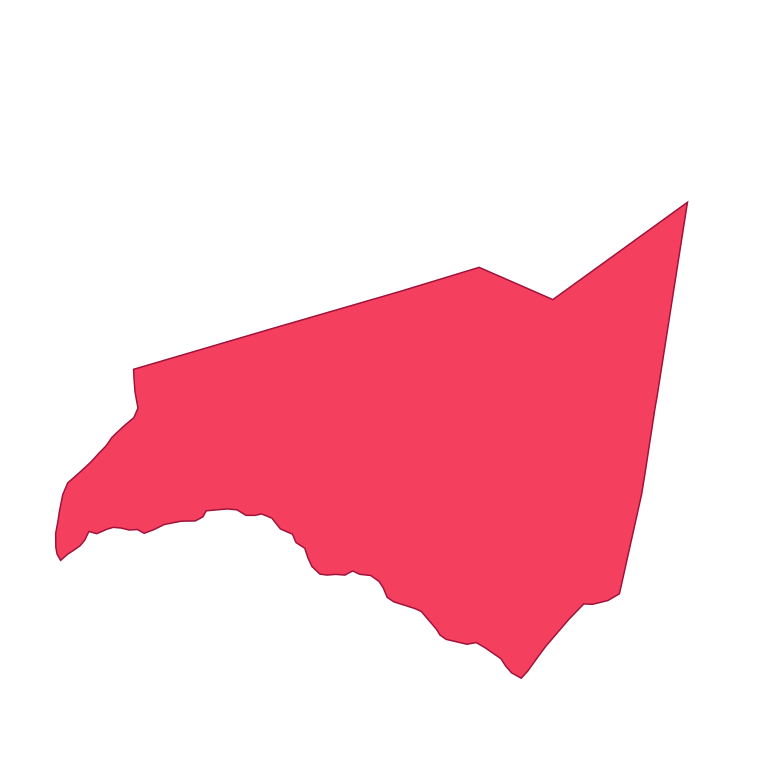 Miranda do Norte, Maranhão, Brazil (orthographic projection), rotated 195°
{"feature_id": "56859067B705481453329", "entity_name": "Miranda do Norte", "entity_type": "district", "adm_level": 2, "iso_a3": "BRA", "parent_name": "Brazil", "parent_adm1": "Maranhão", "projection": "orthographic", "projection_center": [-44.488, -3.552], "detail": "fine", "context": "isolated", "style": "filled", "palette": "rose", "viewbox_px": 768, "rotation_deg": 195, "n_neighbors": 0, "source": "geoboundaries", "source_scale": "gbopen_adm2", "svg_char_len": 1323}
<svg xmlns="http://www.w3.org/2000/svg" viewBox="0 0 768 768"><g transform="rotate(195 384 384)"><path d="M175.3,135.3L170.9,143.8L164.1,161.8L159.9,172.4L144.7,204.2L134.1,223.3L125.7,225.1L119.1,228.7L111.7,232.8L102.3,242.3L106.6,344.1L108.8,365.9L115.9,430.2L117.0,442.7L137.9,638.1L242.8,509.2L322.3,521.3L337.1,512.1L393.6,476.9L507.9,407.7L629.7,333.4L626.9,324.6L622.7,312.5L618.4,303.3L615.4,297.1L616.9,286.8L623.4,277.5L629.4,268.1L633.1,261.8L636.3,252.6L641.4,243.4L647.4,232.0L656.5,217.7L663.9,206.6L665.7,193.9L664.6,177.3L663.5,167.7L662.5,154.8L658.7,141.2L655.7,135.0L650.7,129.9L645.6,137.6L640.0,143.9L635.7,149.1L632.7,155.6L630.9,165.1L622.7,165.1L614.4,171.7L608.6,175.4L600.8,176.8L592.4,177.0L584.6,179.6L577.0,177.7L568.8,183.6L560.0,191.3L544.7,198.9L530.8,202.9L524.5,208.9L522.9,215.5L512.8,219.2L502.9,222.8L493.4,224.4L483.3,221.4L474.6,223.7L468.6,226.8L457.6,225.4L446.6,217.2L433.5,215.2L428.0,208.1L418.0,204.8L412.2,196.0L406.3,189.0L396.7,183.8L389.6,184.7L381.4,187.6L372.3,189.3L366.0,195.3L358.0,193.9L347.3,195.6L337.7,192.0L332.0,186.9L325.7,178.7L318.0,176.1L296.2,175.1L289.2,174.0L269.9,160.7L264.8,155.9L257.8,153.4L236.5,154.1L228.0,158.1L218.5,155.5L209.7,152.4L199.9,148.9L193.2,142.8L185.9,138.0L175.3,135.3Z" fill="#f43f5e" stroke="#9f1239" stroke-width="1.5"/></g></svg>